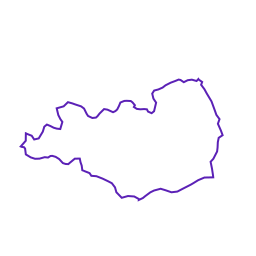 Anafotida, Larnaca, Cyprus (Robinson projection), rotated 108°
{"feature_id": "46923920B49620686054742", "entity_name": "Anafotida", "entity_type": "district", "adm_level": 2, "iso_a3": "CYP", "parent_name": "Cyprus", "parent_adm1": "Larnaca", "projection": "robinson", "projection_center": [33.461, 34.81], "detail": "fine", "context": "isolated", "style": "outline", "palette": "violet", "viewbox_px": 256, "rotation_deg": 108, "n_neighbors": 0, "source": "geoboundaries", "source_scale": "gbopen_adm2", "svg_char_len": 1785}
<svg xmlns="http://www.w3.org/2000/svg" viewBox="0 0 256 256"><g transform="rotate(108 128 128)"><path d="M193.1,95.5L190.0,92.2L187.2,90.4L182.3,86.9L179.4,83.9L175.7,78.2L175.6,73.1L175.7,66.8L173.2,61.4L168.7,57.0L162.5,50.8L160.6,49.1L155.9,45.1L151.5,40.0L148.6,31.7L146.8,32.5L140.8,35.5L134.6,39.0L130.9,37.3L122.8,36.0L118.8,36.8L113.7,38.2L109.3,38.7L105.6,35.8L101.8,38.8L96.2,43.8L91.3,43.7L88.2,48.0L84.8,50.6L81.1,53.5L76.9,56.8L70.8,63.8L67.5,67.3L64.3,71.8L61.3,71.7L60.1,75.8L59.7,76.2L62.1,77.3L62.3,82.2L64.1,86.0L67.2,89.1L66.1,92.9L66.3,94.8L68.7,97.6L71.7,101.4L75.8,105.5L78.9,107.6L82.0,111.1L84.3,114.7L87.8,115.6L92.2,112.9L95.2,109.1L104.0,108.4L106.6,110.1L106.2,114.0L104.4,115.8L105.0,118.5L106.4,122.0L107.1,125.5L106.2,128.9L104.2,128.5L102.2,131.7L101.5,133.7L102.5,137.5L103.4,139.9L106.1,143.1L109.9,143.4L113.7,144.0L115.8,145.2L117.6,147.1L116.9,153.2L117.4,156.6L123.0,159.5L126.3,160.7L128.0,161.7L129.5,165.0L128.9,169.7L127.3,171.7L123.1,175.8L121.9,179.3L121.9,185.2L121.8,188.6L122.0,193.1L127.3,195.9L131.3,201.9L137.2,198.3L140.5,195.0L142.5,192.3L149.9,192.1L150.6,195.5L150.7,198.8L150.1,202.4L149.8,206.2L152.6,208.0L157.8,207.9L163.8,209.3L165.5,209.7L167.9,213.7L165.1,217.2L165.0,219.3L164.8,222.4L164.6,223.3L164.6,223.5L168.9,222.2L171.7,221.3L178.7,224.3L178.8,223.2L178.4,221.0L179.4,219.5L184.7,217.0L186.0,211.4L186.0,206.9L184.5,202.7L181.5,198.2L180.8,194.9L178.6,193.1L177.9,191.4L177.8,187.9L178.8,183.9L181.5,179.1L181.5,176.2L180.8,173.6L179.4,172.8L173.6,169.1L172.0,164.4L175.2,162.6L178.1,160.4L182.3,158.4L182.8,150.6L184.8,148.1L183.6,143.1L184.0,136.5L184.8,130.5L185.5,126.3L188.5,122.0L192.7,119.2L196.3,112.4L192.7,107.0L191.2,100.9L192.2,95.7L193.1,95.5Z" fill="none" stroke="#5b21b6" stroke-width="2"/></g></svg>